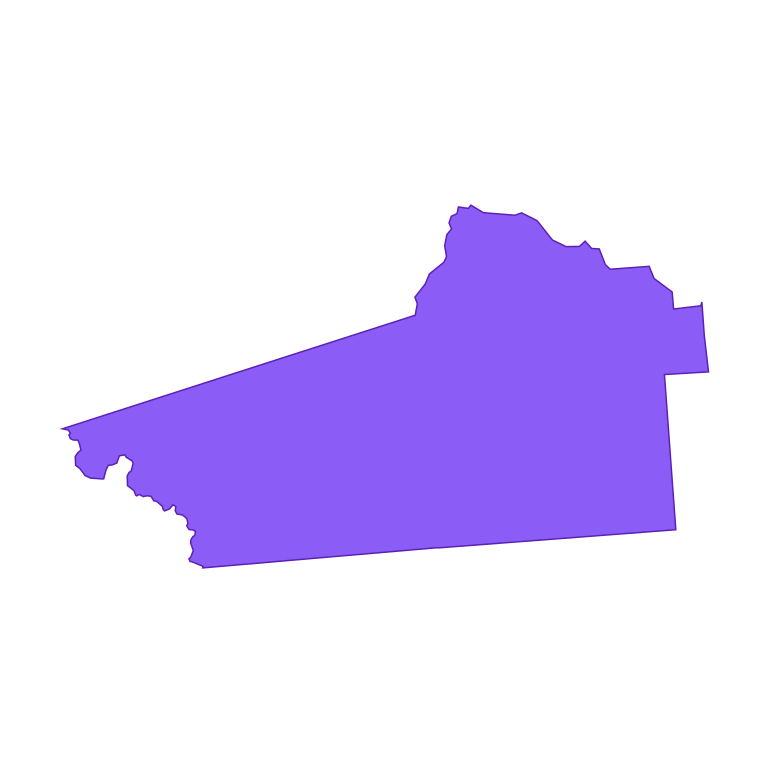 Clearwater, Idaho, United States of America, rotated 175°
{"feature_id": "52423323B35021459079911", "entity_name": "Clearwater", "entity_type": "district", "adm_level": 2, "iso_a3": "USA", "parent_name": "United States of America", "parent_adm1": "Idaho", "projection": "orthographic", "projection_center": [-115.257, 46.6], "detail": "fine", "context": "isolated", "style": "filled", "palette": "violet", "viewbox_px": 768, "rotation_deg": 175, "n_neighbors": 0, "source": "geoboundaries", "source_scale": "gbopen_adm2", "svg_char_len": 1460}
<svg xmlns="http://www.w3.org/2000/svg" viewBox="0 0 768 768"><g transform="rotate(175 384 384)"><path d="M59.7,367.8L60.7,404.6L60.2,438.0L61.6,434.3L89.0,433.5L88.9,450.5L105.8,465.6L109.6,478.1L148.6,478.6L153.1,483.6L157.8,499.8L165.3,500.9L171.2,508.8L177.3,504.0L190.7,505.0L203.7,512.8L217.3,533.4L232.0,542.5L238.7,540.7L270.1,546.0L281.8,554.6L284.7,551.6L294.4,553.9L296.4,547.4L302.3,545.2L305.2,538.8L303.2,532.6L308.4,527.3L311.5,516.5L310.6,505.5L313.7,500.1L329.1,489.7L334.3,479.9L345.6,467.8L343.8,461.1L346.9,449.8L480.5,419.4L708.3,367.4L702.6,365.7L700.7,362.5L702.3,360.7L701.2,356.9L698.5,355.3L693.8,354.7L692.6,350.9L691.7,344.6L694.9,342.4L697.9,338.7L698.3,329.9L694.2,326.1L689.7,318.8L684.5,315.8L679.9,315.1L672.6,313.9L671.5,314.0L668.3,322.9L665.6,327.1L662.1,327.0L657.1,328.5L653.9,335.5L648.3,336.0L647.2,333.5L641.7,329.4L640.8,326.9L643.4,319.4L645.6,318.2L647.8,314.9L648.4,305.1L642.4,299.6L641.0,294.8L640.1,294.1L637.6,295.3L633.5,292.8L630.2,293.3L626.0,292.5L623.5,287.7L620.7,286.9L615.4,281.4L614.9,278.1L613.7,276.7L608.6,278.2L604.7,282.1L602.1,280.0L603.0,275.9L601.6,272.5L596.1,271.1L592.1,267.0L591.5,262.2L592.9,259.9L590.9,256.0L587.1,255.3L584.6,253.6L585.8,249.6L587.7,248.6L589.9,245.8L590.5,242.5L588.5,234.7L591.6,228.3L593.6,226.8L592.7,224.2L590.2,223.3L580.2,218.1L580.6,216.6L346.1,216.3L344.0,216.0L106.0,213.4L103.8,369.0L59.7,367.8Z" fill="#8b5cf6" stroke="#5b21b6" stroke-width="1.5"/></g></svg>